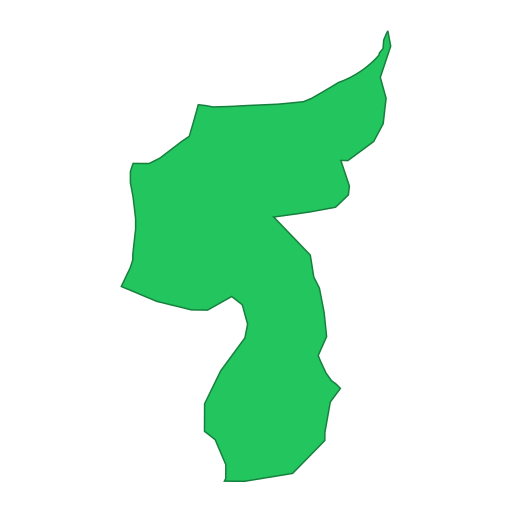 outline of El Mansora 1, Ad Daqahliyah, Egypt
{"feature_id": "37247803B85247487045844", "entity_name": "El Mansora 1", "entity_type": "district", "adm_level": 2, "iso_a3": "EGY", "parent_name": "Egypt", "parent_adm1": "Ad Daqahliyah", "projection": "robinson", "projection_center": [31.384, 31.029], "detail": "fine", "context": "isolated", "style": "filled", "palette": "green", "viewbox_px": 512, "rotation_deg": 0, "n_neighbors": 0, "source": "geoboundaries", "source_scale": "gbopen_adm2", "svg_char_len": 1736}
<svg xmlns="http://www.w3.org/2000/svg" viewBox="0 0 512 512"><path d="M387.8,30.7L387.8,30.8L387.7,31.1L386.5,33.4L385.5,35.8L384.4,38.2L384.1,39.1L383.7,40.1L383.4,44.2L383.0,48.6L379.6,52.7L379.5,52.9L379.4,53.1L378.9,55.2L378.8,55.3L378.6,55.5L377.0,57.3L375.4,59.0L373.7,60.7L372.0,62.3L370.2,63.9L368.4,65.4L366.6,66.9L364.7,68.4L362.8,69.8L360.9,71.1L358.9,72.4L356.9,73.7L354.9,74.9L352.8,76.0L350.8,77.2L348.7,78.2L346.5,79.2L344.4,80.2L342.2,81.1L340.0,81.9L339.2,82.2L338.4,82.5L335.2,84.5L328.4,88.6L328.2,88.7L321.4,92.7L314.4,96.7L311.1,98.7L310.7,98.7L310.4,98.8L303.4,101.7L290.5,103.0L287.3,103.3L283.2,103.7L277.5,104.2L245.6,105.6L242.0,105.8L235.1,106.2L228.3,106.5L221.4,106.7L214.5,106.9L213.2,107.0L210.7,106.5L207.9,106.0L205.1,105.5L202.2,105.2L199.4,104.8L198.7,104.8L198.3,104.7L194.0,120.1L189.3,136.2L188.9,136.6L188.4,136.9L181.3,141.7L181.2,141.8L159.9,158.1L149.1,163.5L143.8,163.5L133.1,163.4L131.5,168.1L130.4,171.6L130.4,182.7L133.0,196.5L135.6,218.5L135.6,229.6L135.0,234.4L132.8,254.4L132.8,259.9L130.1,268.1L127.4,273.6L121.3,286.5L156.8,301.4L191.5,309.9L207.5,310.1L231.7,296.5L242.3,304.8L247.6,324.2L244.9,337.9L220.7,370.8L204.6,403.8L204.5,431.3L215.2,439.7L225.8,464.6L225.8,470.1L225.8,478.4L224.4,481.1L228.4,481.2L244.5,481.3L292.6,473.4L311.4,454.2L324.8,440.5L324.9,432.3L330.3,402.0L340.4,388.4L335.9,383.9L331.5,380.7L326.0,373.0L320.4,361.0L318.2,355.5L326.6,336.6L324.1,312.3L319.4,288.1L313.8,277.1L310.3,255.1L273.7,217.0L273.8,217.0L274.0,217.0L302.6,213.0L309.6,212.0L335.6,207.2L348.4,194.9L349.4,186.0L340.8,160.4L347.9,160.6L373.7,141.5L383.2,123.7L386.1,98.2L385.1,94.8L380.3,77.3L382.5,70.8L390.7,46.2L387.8,30.7Z" fill="#22c55e" stroke="#15803d" stroke-width="1.5"/></svg>